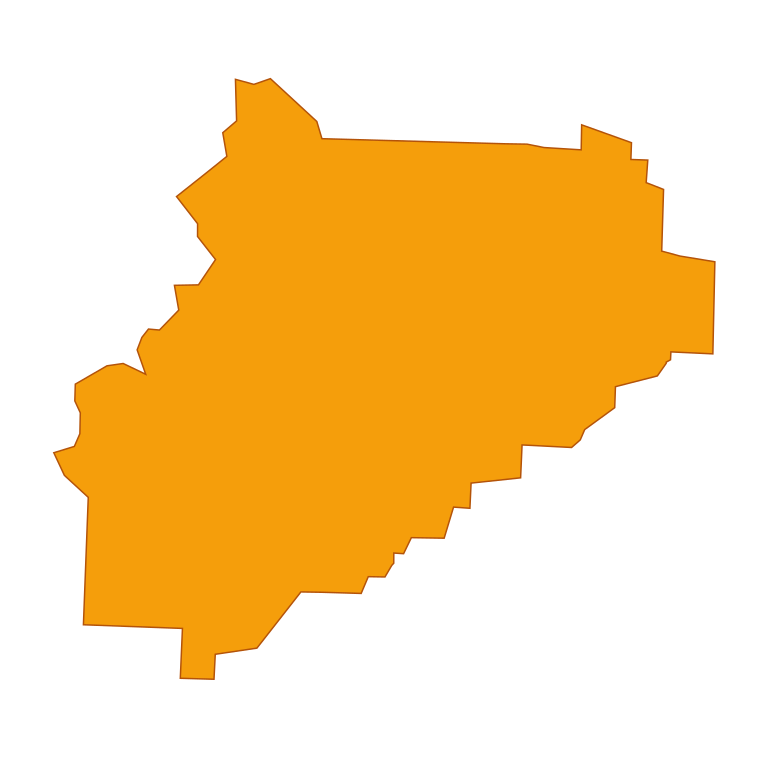 outline of Shelby, Alabama, United States of America, rotated 182°
{"feature_id": "52423323B89355331485408", "entity_name": "Shelby", "entity_type": "district", "adm_level": 2, "iso_a3": "USA", "parent_name": "United States of America", "parent_adm1": "Alabama", "projection": "mercator", "projection_center": [-86.665, 33.283], "detail": "fine", "context": "isolated", "style": "filled", "palette": "amber", "viewbox_px": 768, "rotation_deg": 182, "n_neighbors": 0, "source": "geoboundaries", "source_scale": "gbopen_adm2", "svg_char_len": 1135}
<svg xmlns="http://www.w3.org/2000/svg" viewBox="0 0 768 768"><g transform="rotate(182 384 384)"><path d="M543.6,83.0L543.2,108.0L501.8,115.6L459.8,173.3L438.6,173.7L399.5,173.9L393.0,190.9L376.3,191.2L369.9,203.0L368.0,205.2L368.3,215.4L358.5,215.1L351.3,231.4L318.5,232.0L310.2,263.4L293.8,262.8L293.5,288.0L244.2,295.0L244.0,315.3L243.9,327.9L235.4,327.8L194.3,327.1L185.9,335.0L181.8,345.5L152.6,368.4L152.6,389.4L111.1,401.6L102.7,414.5L102.7,415.7L98.5,418.2L98.4,426.1L56.4,425.6L57.6,517.7L92.7,522.2L111.1,526.5L111.4,588.2L129.0,594.4L128.2,617.0L145.1,617.0L145.1,633.8L195.5,649.9L195.1,624.9L232.3,625.9L249.4,628.7L270.9,628.3L340.0,627.8L454.6,627.0L460.3,644.0L508.2,685.2L524.5,678.9L543.1,683.3L540.5,641.8L553.9,629.5L549.0,606.0L568.2,589.4L597.9,564.1L575.9,537.7L575.5,524.9L556.7,502.5L572.9,476.6L596.9,475.3L591.7,450.7L610.3,430.1L621.3,430.7L627.6,422.1L631.9,409.5L622.5,385.4L645.4,395.4L661.5,392.5L692.5,373.1L692.4,356.3L686.5,344.6L686.2,323.7L691.3,310.8L711.6,303.8L700.2,281.5L675.6,260.4L676.0,132.9L576.9,132.7L577.3,82.8L543.6,83.0Z" fill="#f59e0b" stroke="#b45309" stroke-width="1.5"/></g></svg>